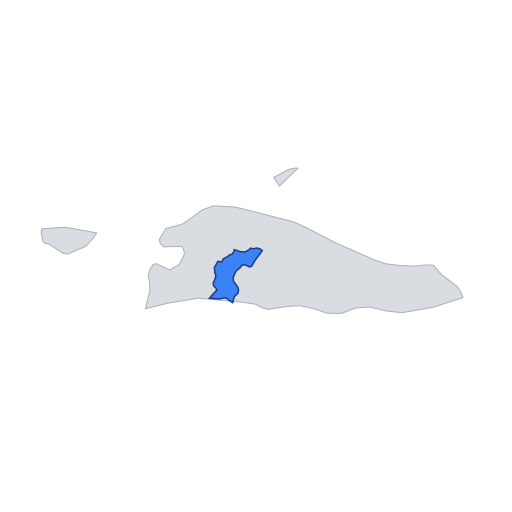 East Timor, with Ainaro highlighted, rotated 27°
{"feature_id": "TLS-545", "entity_name": "Ainaro", "entity_type": "District", "adm_level": 1, "iso_a3": "TLS", "parent_name": "East Timor", "parent_adm1": "", "projection": "robinson", "projection_center": [125.566, -9.004], "detail": "fine", "context": "in_parent", "style": "filled", "palette": "blue", "viewbox_px": 512, "rotation_deg": 27, "n_neighbors": 0, "source": "natural_earth", "source_scale": "10m", "svg_char_len": 1783}
<svg xmlns="http://www.w3.org/2000/svg" viewBox="0 0 512 512"><g transform="rotate(27 256 256)"><path d="M181.4,353.2L177.1,334.8L172.5,326.9L168.9,322.4L167.7,316.8L167.9,311.0L170.1,308.3L185.4,307.6L191.5,298.1L191.4,286.7L188.4,282.9L185.4,281.2L169.5,289.8L165.0,288.2L162.3,285.1L163.2,272.5L176.2,260.7L187.3,239.3L195.0,230.8L213.1,222.7L220.5,220.5L273.2,208.7L285.7,207.9L319.2,208.2L363.8,205.7L374.9,204.1L389.2,198.9L403.1,192.4L410.5,187.3L418.2,183.7L429.7,188.3L449.2,191.8L454.4,194.9L459.3,199.1L436.6,221.7L411.7,240.3L396.4,246.0L380.6,249.8L368.5,257.0L358.3,268.3L345.3,274.7L330.6,276.8L318.1,280.2L306.7,286.8L290.8,298.2L284.4,299.4L277.7,299.1L264.5,303.5L223.7,319.8L199.1,337.9L181.4,353.2ZM52.7,329.1L72.9,317.0L103.6,307.7L102.8,314.5L99.7,325.2L95.0,330.3L88.0,339.3L83.4,341.3L65.0,339.3L62.6,340.7L59.4,339.7L54.7,333.9L52.7,329.1ZM253.4,158.8L245.1,183.1L236.1,177.9L245.7,164.2L250.3,160.2L253.4,158.8Z" fill="#d9dde1" stroke="#a8b0b8" stroke-width="1"/><path d="M256.4,308.1L255.2,308.1L248.9,307.1L246.8,307.6L244.3,309.8L241.7,311.5L233.7,314.8L234.6,310.9L236.6,304.0L234.6,302.7L231.9,301.9L230.2,299.7L229.8,294.1L228.5,290.6L226.7,289.7L225.8,287.6L224.2,285.5L224.3,282.0L224.4,278.1L228.1,276.9L228.1,273.5L229.3,271.6L230.8,269.8L231.7,267.3L233.9,265.1L234.3,261.5L233.7,260.2L234.3,260.1L240.1,259.2L244.2,257.5L246.7,254.1L247.5,251.5L250.2,250.8L251.8,249.6L253.3,248.4L257.0,247.8L259.1,248.2L258.7,251.6L258.7,251.8L257.6,257.3L257.1,260.8L257.0,263.4L256.7,267.4L254.7,268.8L250.6,268.8L247.7,270.5L247.3,273.2L246.3,275.9L245.3,277.8L245.1,280.5L245.4,285.2L247.1,288.5L250.8,290.4L253.9,292.0L255.8,294.0L256.8,297.2L256.1,299.4L255.2,301.9L256.1,307.1L256.4,308.1Z" fill="#3b82f6" stroke="#1e3a8a" stroke-width="1.5"/></g></svg>